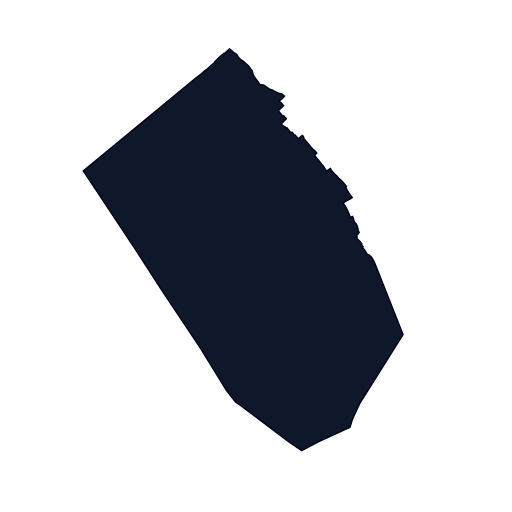 outline of Krasae Sin, Thailand, rotated 332°
{"feature_id": "78962969B29220890850544", "entity_name": "Krasae Sin", "entity_type": "district", "adm_level": 2, "iso_a3": "THA", "parent_name": "Thailand", "parent_adm1": "", "projection": "natural_earth1", "projection_center": [100.354, 7.607], "detail": "fine", "context": "isolated", "style": "filled", "palette": "ink", "viewbox_px": 512, "rotation_deg": 332, "n_neighbors": 0, "source": "geoboundaries", "source_scale": "gbopen_adm2", "svg_char_len": 5095}
<svg xmlns="http://www.w3.org/2000/svg" viewBox="0 0 512 512"><g transform="rotate(332 256 256)"><path d="M223.8,449.3L258.6,451.3L264.6,445.3L278.5,434.8L348.9,394.4L357.5,318.1L357.6,316.9L357.6,314.2L357.5,312.5L357.4,311.4L357.1,310.3L356.7,309.1L356.2,308.1L355.4,307.2L355.1,306.7L355.0,306.4L354.9,306.1L354.9,305.8L354.9,305.3L354.8,304.1L354.8,303.2L354.7,301.9L354.7,301.6L354.7,301.2L354.3,300.0L354.3,299.9L354.1,299.6L353.9,299.3L353.8,298.6L354.0,298.4L354.8,298.2L354.9,297.8L354.6,296.8L354.5,296.6L354.3,295.4L355.1,295.1L354.7,292.9L354.6,291.9L354.5,291.6L354.4,291.3L354.3,291.1L354.1,290.3L353.8,289.5L353.4,288.3L353.3,287.7L353.1,287.1L353.1,286.9L353.2,286.7L354.2,286.7L354.3,286.7L354.3,286.0L354.2,285.3L354.2,285.2L354.4,285.0L354.6,285.0L355.1,284.8L355.6,284.7L356.3,284.6L356.6,284.4L356.9,284.1L357.2,283.9L357.9,283.8L358.1,283.7L358.2,281.6L358.3,281.1L358.4,280.7L358.5,280.3L358.6,280.0L358.8,279.6L359.0,279.2L359.0,278.7L359.2,277.9L359.3,277.5L359.5,275.7L359.6,275.4L359.5,274.8L359.4,274.2L359.3,273.8L359.0,272.7L358.8,272.2L358.7,272.0L358.8,271.8L359.0,271.4L359.0,270.9L359.5,268.7L359.8,267.3L359.9,266.5L359.2,266.3L358.2,266.4L357.8,266.5L357.6,266.5L357.6,264.5L357.9,262.2L358.0,261.0L358.2,257.5L358.2,257.0L358.2,255.4L358.2,254.1L357.8,251.8L357.7,250.3L357.7,250.2L357.8,250.1L359.0,250.1L359.0,249.9L359.5,249.7L361.0,249.8L361.4,249.8L362.1,249.8L363.3,249.8L366.8,249.8L367.7,249.7L368.4,249.6L368.4,249.3L368.2,248.6L368.1,248.1L368.1,247.8L367.9,246.4L367.5,243.9L367.5,243.5L367.4,242.8L367.4,242.7L367.5,242.7L367.4,241.3L367.3,240.2L367.3,239.8L367.3,239.7L367.5,239.6L367.5,239.4L367.5,239.2L367.4,238.3L367.2,237.4L368.3,237.2L368.5,237.0L368.3,236.2L368.2,235.5L368.2,235.2L367.8,233.5L366.8,229.2L366.7,229.0L366.6,228.8L366.4,228.5L366.3,228.4L366.0,227.3L366.0,227.2L365.7,227.1L365.6,226.5L365.4,225.6L365.3,224.9L365.2,224.5L365.1,224.0L364.7,222.6L364.6,222.4L364.4,222.4L364.3,221.9L363.9,220.2L363.8,219.8L363.5,219.3L363.3,218.4L362.7,215.5L362.7,215.4L362.7,215.2L362.8,214.8L362.8,214.5L362.8,214.4L362.8,214.1L362.7,213.6L360.9,213.9L360.1,214.0L358.1,214.4L357.9,214.3L357.9,214.2L357.8,213.8L357.9,213.7L358.0,213.5L358.1,213.4L358.1,213.2L357.9,212.4L357.9,211.8L357.8,210.7L357.8,210.1L357.7,209.3L357.7,208.9L357.7,208.7L357.6,208.3L357.3,206.6L357.1,206.0L357.0,205.4L356.9,205.0L356.8,204.4L356.5,202.5L356.5,202.3L356.3,201.4L356.0,199.9L355.8,199.1L355.7,198.6L355.5,197.7L355.3,196.7L355.2,196.2L355.1,195.7L355.2,194.4L357.9,193.7L357.7,192.0L357.6,191.8L357.4,191.0L357.2,190.1L356.9,189.9L356.6,189.6L356.5,189.4L356.5,189.2L356.2,187.6L356.1,187.1L356.0,186.9L355.9,186.6L355.8,186.4L354.5,179.9L354.0,177.5L353.8,176.6L353.5,175.4L353.3,174.6L353.3,174.4L353.3,174.2L353.7,174.0L353.8,173.9L353.7,173.2L353.8,172.5L353.6,171.6L353.6,171.4L353.0,171.4L351.7,171.6L348.5,172.3L348.4,172.3L348.2,172.2L348.1,171.8L348.1,171.7L348.2,171.4L348.1,171.1L348.0,170.8L348.0,170.6L347.4,168.0L347.3,167.5L347.1,167.4L346.7,167.6L346.4,167.4L346.2,166.0L346.2,165.9L346.4,165.6L346.0,163.7L345.9,163.6L344.9,163.9L344.7,163.8L344.2,161.1L344.1,160.5L343.9,159.5L343.7,159.0L343.7,158.7L343.7,158.4L343.5,157.3L343.4,157.2L342.8,157.3L342.7,157.2L342.4,155.8L342.3,155.7L341.9,155.6L341.5,154.2L341.4,154.1L341.1,154.1L341.0,153.8L340.7,152.9L340.5,152.3L340.3,151.7L340.2,151.4L340.3,151.3L342.2,150.6L342.9,150.4L345.7,149.5L347.1,149.1L347.3,148.9L346.7,147.2L346.4,145.5L346.3,145.3L346.3,145.2L346.2,145.2L345.5,145.4L345.4,145.4L345.2,144.8L344.4,140.6L344.1,139.0L344.0,138.1L348.2,137.0L349.4,136.6L350.2,136.4L350.9,136.2L350.1,132.7L349.7,132.8L349.5,131.2L349.4,130.6L349.3,130.3L349.3,130.2L351.8,129.6L352.2,129.5L355.7,128.4L356.2,128.2L355.7,127.1L355.2,125.8L355.1,125.6L354.6,124.9L354.4,124.6L352.9,123.3L352.4,122.9L350.9,120.9L349.8,119.5L349.4,119.0L349.1,118.5L349.0,118.4L348.9,118.2L348.7,117.6L348.6,117.4L347.7,116.5L347.1,115.8L346.9,115.7L346.6,115.3L346.2,114.9L346.0,114.6L345.7,114.0L345.3,113.2L344.7,112.0L343.8,110.0L343.3,109.2L342.7,108.5L342.6,108.3L342.3,108.1L341.8,107.8L340.5,106.9L340.2,106.8L340.2,106.7L339.9,106.0L339.7,104.3L339.5,102.8L339.2,100.8L338.9,98.8L338.8,97.7L338.6,96.8L338.6,96.3L338.6,95.7L338.7,94.5L338.8,93.4L338.9,92.9L339.2,92.2L339.5,91.4L339.5,90.8L339.3,89.1L339.1,87.8L338.9,86.2L338.7,85.5L338.5,84.3L338.2,83.4L337.3,81.2L337.1,80.7L336.8,79.6L336.5,78.9L336.4,78.4L336.0,77.8L335.8,77.2L335.2,76.4L334.8,75.6L334.7,75.2L334.4,74.5L334.1,73.5L334.0,73.0L333.8,72.3L333.7,71.7L333.6,69.7L333.5,69.4L333.5,69.1L333.5,68.9L333.3,68.3L333.0,67.8L332.9,67.6L332.3,66.7L331.9,66.0L331.8,65.6L331.1,63.7L330.8,62.9L329.9,60.7L328.3,61.1L326.1,61.7L323.0,62.5L322.9,62.1L322.2,62.2L320.5,62.5L317.9,63.1L316.0,63.6L314.0,64.2L311.0,65.1L311.1,65.7L309.3,66.0L306.4,66.6L305.1,66.9L302.1,67.7L300.4,68.1L300.0,68.1L297.8,68.4L296.5,68.7L294.4,69.2L292.4,69.7L287.1,70.5L143.5,99.8L152.8,195.2L156.8,242.8L163.6,310.2L166.8,360.8L169.4,375.4L171.3,378.7L197.8,435.6L205.0,449.3L223.8,449.3Z" fill="#0f172a" stroke="#020617" stroke-width="1.5"/></g></svg>